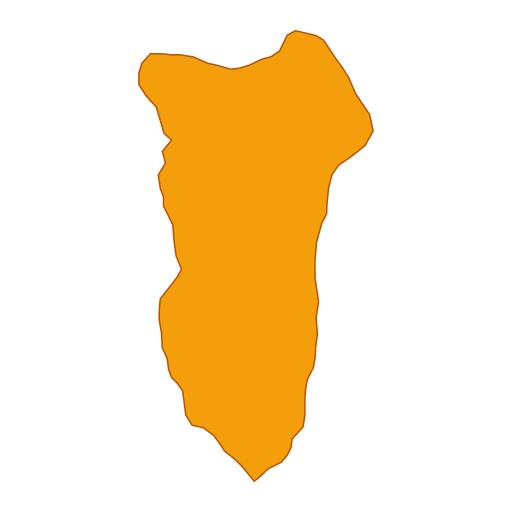 Brejo Alegre, São Paulo, Brazil
{"feature_id": "56859067B74582559748753", "entity_name": "Brejo Alegre", "entity_type": "district", "adm_level": 2, "iso_a3": "BRA", "parent_name": "Brazil", "parent_adm1": "São Paulo", "projection": "equal_earth", "projection_center": [-50.213, -21.184], "detail": "fine", "context": "isolated", "style": "filled", "palette": "amber", "viewbox_px": 512, "rotation_deg": 0, "n_neighbors": 0, "source": "geoboundaries", "source_scale": "gbopen_adm2", "svg_char_len": 1259}
<svg xmlns="http://www.w3.org/2000/svg" viewBox="0 0 512 512"><path d="M162.2,347.7L167.2,358.4L168.6,369.4L171.5,377.4L176.9,382.8L182.6,390.8L185.8,415.3L192.2,425.3L203.3,427.7L213.6,435.4L220.4,444.5L224.7,451.3L234.3,458.7L242.1,466.4L254.2,481.3L261.7,475.1L268.1,468.8L281.4,462.1L287.0,455.5L291.0,447.7L292.1,439.1L303.1,426.8L304.9,414.9L304.9,398.5L305.6,389.5L307.4,379.4L313.4,367.5L315.2,357.2L315.6,347.7L317.4,333.9L316.1,317.7L318.6,301.3L315.0,278.0L315.0,260.0L316.6,241.9L321.8,223.3L326.6,213.8L327.1,202.2L328.6,187.8L332.1,174.4L338.9,164.9L348.5,158.5L357.0,152.0L365.2,145.3L373.1,130.9L369.6,114.5L360.3,100.7L355.3,93.0L348.5,77.2L342.4,67.7L335.7,58.5L323.6,40.2L316.1,35.6L295.4,30.7L287.2,35.2L279.6,50.9L271.0,56.7L261.1,59.5L249.2,65.2L239.3,68.2L230.7,69.2L215.7,64.9L207.9,63.4L193.6,57.0L180.1,54.8L171.0,54.8L163.9,53.9L150.5,53.7L141.8,63.4L138.9,72.9L138.9,84.8L146.6,96.4L156.2,107.0L160.1,119.9L163.9,133.2L171.5,140.1L162.3,151.5L165.5,163.0L158.3,175.0L160.3,188.4L163.5,197.0L163.5,206.1L167.6,214.1L172.9,225.2L173.6,236.2L174.7,246.2L176.2,256.3L181.5,269.2L177.2,277.0L171.2,285.0L165.8,291.8L160.3,298.8L159.4,308.0L159.1,319.0L161.5,333.0L162.2,347.7Z" fill="#f59e0b" stroke="#b45309" stroke-width="1.5"/></svg>